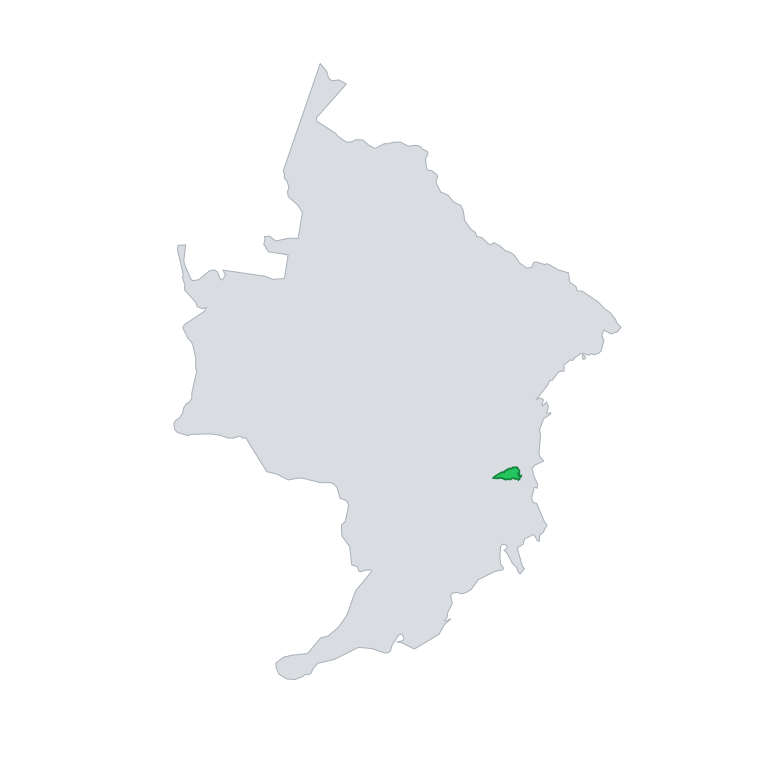 location of Medio Atrato (Beté), Chocó, Colombia, rotated 189°
{"feature_id": "7082276B17013880517014", "entity_name": "Medio Atrato (Beté)", "entity_type": "district", "adm_level": 2, "iso_a3": "COL", "parent_name": "Colombia", "parent_adm1": "Chocó", "projection": "albers", "projection_center": [-76.768, 6.011], "detail": "fine", "context": "in_parent", "style": "filled", "palette": "green", "viewbox_px": 768, "rotation_deg": 189, "n_neighbors": 0, "source": "geoboundaries", "source_scale": "gbopen_adm2", "svg_char_len": 7589}
<svg xmlns="http://www.w3.org/2000/svg" viewBox="0 0 768 768"><g transform="rotate(189 384 384)"><path d="M440.5,98.4L432.7,101.7L417.4,105.8L407.0,123.2L399.8,126.3L391.0,136.6L384.6,149.4L379.7,175.3L366.7,197.3L367.8,198.3L373.1,197.3L378.0,194.8L379.8,195.5L381.6,199.4L387.6,200.3L392.5,218.1L401.7,227.1L402.7,230.6L403.9,237.9L400.7,242.4L399.9,258.8L402.8,262.8L409.6,264.4L414.2,274.4L417.1,276.8L421.3,278.3L431.3,276.6L449.3,278.2L453.6,277.8L463.7,274.2L476.5,278.4L486.0,279.0L512.2,309.3L514.8,308.4L518.1,310.1L524.6,306.9L530.2,306.3L537.6,307.7L547.3,307.6L566.8,304.1L569.7,302.3L580.4,303.9L583.6,306.1L585.3,311.8L584.1,315.4L580.4,319.0L578.4,323.6L578.1,329.2L576.3,333.4L572.9,336.1L571.6,340.0L572.4,345.1L570.9,368.2L572.5,370.1L573.8,379.6L578.5,391.8L580.7,395.3L584.6,398.1L591.7,408.2L590.2,411.6L572.7,427.8L571.8,431.5L575.2,429.9L580.7,431.3L582.6,435.1L596.0,446.0L596.0,450.2L599.9,458.4L599.2,460.3L608.8,483.8L609.2,488.7L601.6,490.3L601.0,474.4L599.9,471.2L591.0,457.3L589.2,456.2L583.5,457.9L574.1,468.5L569.6,470.1L566.0,468.7L562.3,462.5L559.9,461.4L557.7,466.7L560.7,471.3L518.4,471.8L510.1,470.0L498.8,472.5L498.9,496.5L519.0,496.5L524.6,503.3L524.2,508.9L525.1,510.9L520.3,512.1L513.2,508.4L500.8,513.1L491.7,514.3L491.4,540.6L497.0,547.1L507.8,554.0L509.4,558.8L508.7,563.3L511.4,569.0L514.9,571.9L515.0,575.3L516.8,579.1L497.1,690.5L489.5,683.8L486.7,677.7L483.0,675.3L475.9,677.3L468.2,674.3L492.4,636.3L491.6,633.0L470.9,624.0L468.7,621.7L458.8,616.9L453.4,618.3L450.3,620.8L442.9,621.7L436.8,617.7L429.5,615.2L421.0,621.6L418.4,621.6L412.2,624.4L405.6,625.5L397.0,622.7L390.1,624.7L385.3,624.4L383.4,622.4L377.3,620.2L376.6,617.6L378.3,613.0L375.6,603.8L374.6,602.2L369.9,602.1L364.4,598.8L363.3,596.9L364.4,593.1L363.4,589.9L358.0,582.6L350.6,580.7L343.5,574.6L336.3,572.5L333.0,568.1L329.9,558.2L322.4,550.5L317.3,547.9L315.5,544.3L310.2,543.9L303.0,538.8L299.8,538.5L297.6,540.9L290.9,538.4L285.2,534.7L279.3,533.7L275.4,531.5L268.4,524.3L260.9,520.9L256.5,522.2L255.1,527.5L252.6,528.4L243.9,527.1L242.4,528.2L240.2,528.0L229.6,524.0L219.1,522.6L216.5,513.6L209.7,510.4L207.7,506.2L203.0,506.7L185.2,498.5L177.8,492.8L171.5,489.7L164.9,483.4L163.8,480.8L158.8,477.1L161.3,472.4L167.4,468.9L175.4,471.7L176.4,466.1L173.5,461.2L174.9,450.2L177.1,447.7L181.4,445.5L184.2,446.4L185.9,444.5L192.4,445.4L194.4,444.6L199.4,440.2L201.5,436.6L203.8,437.0L209.1,431.0L208.2,425.0L213.2,423.7L218.5,413.9L220.7,413.7L221.9,409.0L231.0,392.8L227.7,394.7L224.1,393.5L224.7,388.1L223.6,387.4L220.7,391.6L218.1,387.4L218.8,380.4L214.7,381.7L214.9,380.1L220.8,374.9L223.3,362.9L221.4,358.6L220.2,340.7L219.1,337.3L214.2,332.8L222.0,327.7L224.7,323.8L221.2,315.9L216.7,309.2L216.5,305.1L219.3,305.5L220.4,294.4L217.8,290.2L214.6,290.1L204.4,273.6L200.9,270.2L203.6,262.3L206.7,258.9L206.0,252.9L208.0,253.2L212.4,258.7L214.2,257.8L221.1,252.7L221.3,247.8L226.8,242.8L219.0,226.0L216.4,223.4L219.6,218.0L221.4,218.3L224.4,223.6L229.2,227.0L236.3,236.4L239.4,238.5L237.2,240.6L236.7,242.8L237.7,244.0L241.8,244.3L243.4,241.7L242.3,230.3L240.6,224.6L236.9,220.6L238.0,218.9L245.3,216.1L260.4,205.3L265.5,195.1L269.5,191.4L274.0,188.9L279.4,189.5L283.7,188.2L285.0,185.0L282.2,177.9L285.3,168.2L285.2,163.3L287.3,160.4L286.6,159.2L281.1,162.7L286.7,155.8L290.6,145.4L312.5,127.0L326.7,131.4L331.2,131.1L325.3,133.4L324.5,136.0L326.5,138.8L328.7,139.6L330.5,137.8L335.2,127.0L335.9,121.1L338.0,119.1L341.0,118.4L355.0,120.8L368.2,119.8L389.6,104.4L405.8,97.7L409.7,91.4L410.8,86.7L413.7,84.8L416.8,84.8L418.6,82.2L426.0,78.1L434.0,77.5L442.5,81.0L446.4,87.3L447.1,91.6L440.5,98.4ZM192.7,443.4L191.6,444.2L189.7,442.7L189.1,440.9L190.3,439.5L191.8,440.0L192.7,443.4Z" fill="#d9dde1" stroke="#a8b0b8" stroke-width="1"/><path d="M261.6,308.1L261.4,308.1L261.1,308.0L260.6,308.3L260.4,308.4L260.2,308.5L259.8,308.3L259.3,308.3L259.0,308.2L258.7,308.2L258.5,308.4L258.4,308.4L258.2,308.4L257.7,308.4L257.3,308.6L256.8,308.5L256.3,308.6L256.1,308.8L255.8,308.8L255.6,309.0L255.6,309.3L255.4,309.5L255.2,309.6L254.8,309.5L254.6,309.4L254.1,309.5L253.4,309.2L253.3,309.3L253.2,309.4L253.2,309.8L252.9,309.8L252.8,309.5L252.5,309.3L252.3,309.3L251.9,309.3L251.6,309.0L251.3,309.1L250.7,309.1L250.3,309.1L250.0,309.0L249.7,308.8L249.3,308.8L249.2,308.7L249.3,308.6L249.2,308.6L249.0,308.8L248.9,308.7L248.7,308.8L248.5,308.6L248.1,308.8L247.9,308.8L247.8,309.0L247.6,308.9L247.5,309.1L247.4,309.1L247.1,309.3L247.0,309.5L246.7,309.4L246.3,309.4L246.2,309.4L245.9,309.3L245.6,309.4L245.6,309.5L245.4,309.7L245.1,309.7L244.8,309.5L244.4,309.4L244.4,309.7L244.2,309.7L244.1,309.9L243.8,310.0L243.7,309.9L243.6,310.0L243.4,310.1L243.1,310.3L243.1,310.7L242.9,310.8L242.6,310.8L242.4,311.0L242.2,311.1L241.8,311.3L241.3,311.3L241.2,311.4L240.9,311.4L240.6,311.2L240.4,311.1L240.4,310.9L240.2,310.9L239.9,310.7L239.7,310.9L239.5,310.7L239.4,310.8L239.2,310.9L239.0,311.2L238.6,311.3L238.4,311.2L238.1,311.2L237.9,311.1L237.8,310.8L237.6,310.7L237.4,310.7L237.2,310.6L236.8,310.6L236.7,310.6L236.6,310.4L236.4,310.2L236.3,310.3L236.2,310.2L236.1,310.5L236.0,310.8L235.9,310.9L235.8,311.1L235.7,311.3L235.4,311.4L235.4,311.5L235.5,311.5L235.5,311.8L235.4,311.9L235.3,311.7L235.2,311.6L235.2,311.9L235.1,312.0L235.2,312.3L235.1,312.5L235.0,312.9L235.0,313.0L234.9,313.2L234.8,313.3L234.6,313.4L234.6,313.5L234.6,313.8L234.6,314.0L234.5,314.4L234.5,314.5L234.4,314.5L234.5,314.6L234.4,314.6L234.4,314.8L234.4,315.0L234.5,314.9L234.6,314.7L235.0,314.2L235.0,314.3L235.3,314.4L235.4,314.6L235.5,314.6L235.8,314.6L236.2,314.5L236.0,314.9L236.1,315.0L236.3,314.8L236.3,315.0L236.4,314.9L236.4,315.0L236.5,314.9L236.5,315.0L236.7,315.3L236.6,315.6L236.8,315.6L236.7,315.7L236.8,315.7L236.8,315.8L237.0,315.8L237.0,315.7L237.2,315.8L237.1,316.0L237.2,315.8L237.3,315.9L237.3,315.7L237.4,315.8L237.5,315.9L237.4,316.1L237.3,316.3L237.5,316.3L237.5,316.6L237.4,316.5L237.2,316.6L237.1,316.4L236.8,316.4L236.7,316.5L236.8,316.6L236.7,316.7L236.7,316.8L236.7,317.0L236.5,317.4L236.7,317.5L236.4,318.0L236.6,318.3L236.6,318.6L236.5,318.8L236.6,319.0L236.6,319.4L236.7,319.6L237.0,319.9L237.1,320.1L237.2,320.3L237.6,320.6L237.8,320.7L238.3,321.4L238.5,321.5L238.8,321.5L239.0,321.6L239.1,321.8L239.0,322.2L239.3,322.4L239.5,322.5L239.8,322.7L240.0,322.6L240.1,322.4L240.5,322.5L240.6,322.3L241.0,322.3L241.3,322.2L241.5,322.1L241.9,322.1L242.0,322.2L242.3,322.3L242.4,322.2L242.5,322.0L243.1,321.7L243.3,321.6L243.6,321.6L244.0,321.8L244.2,321.5L244.4,321.3L244.5,321.1L244.5,320.8L244.7,320.7L244.4,320.2L244.5,320.1L245.0,320.2L245.3,320.4L245.6,320.3L245.9,320.2L246.0,320.2L246.5,320.0L246.7,319.9L246.8,319.9L246.9,320.0L246.9,319.9L247.0,319.8L247.3,319.7L247.5,319.5L247.8,319.4L248.1,319.3L248.4,319.2L248.8,319.1L249.1,319.1L249.1,318.9L249.2,318.7L249.0,318.3L249.0,318.1L249.4,318.1L249.7,318.0L250.0,317.9L250.1,317.7L250.3,317.4L250.6,317.2L251.2,317.0L251.3,316.8L251.0,316.8L251.2,316.4L251.4,316.3L251.7,316.0L251.6,315.8L251.5,315.4L251.8,315.5L252.0,315.5L252.4,315.7L252.7,315.5L252.8,315.6L253.0,315.4L253.2,315.5L253.4,315.5L253.5,315.5L253.5,315.4L253.8,315.4L254.0,315.2L254.1,314.9L254.4,314.4L254.5,314.4L254.9,314.3L255.2,314.4L255.3,314.3L255.4,314.2L255.9,313.6L256.1,313.4L256.6,313.3L256.8,312.9L257.1,312.7L257.4,312.5L257.7,312.2L258.1,311.8L258.2,311.7L258.3,311.4L258.5,311.2L258.8,311.1L259.1,310.9L259.3,310.9L259.5,310.5L259.9,310.2L260.0,310.2L260.3,309.9L260.5,309.8L260.5,309.5L260.4,309.4L260.6,309.0L260.8,308.8L261.0,308.8L261.1,308.6L261.3,308.5L261.5,308.5L261.6,308.4L261.6,308.1Z" fill="#22c55e" stroke="#15803d" stroke-width="1.5"/></g></svg>